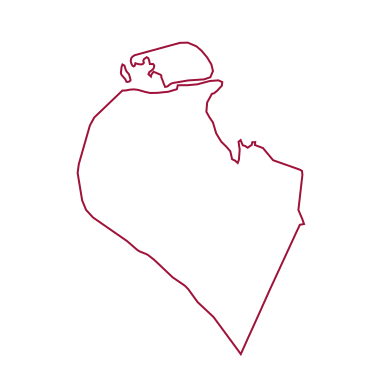 map outline of Al Jahrah (Equal Earth projection), rotated 286°
{"feature_id": "KWT-1667", "entity_name": "Al Jahrah", "entity_type": "Province", "adm_level": 1, "iso_a3": "KWT", "parent_name": "Kuwait", "parent_adm1": "", "projection": "equal_earth", "projection_center": [47.841, 29.537], "detail": "fine", "context": "isolated", "style": "outline", "palette": "rose", "viewbox_px": 384, "rotation_deg": 286, "n_neighbors": 0, "source": "natural_earth", "source_scale": "10m", "svg_char_len": 1993}
<svg xmlns="http://www.w3.org/2000/svg" viewBox="0 0 384 384"><g transform="rotate(286 192 192)"><path d="M227.8,75.5L236.7,77.5L270.3,97.1L271.4,100.5L273.1,103.7L274.6,107.7L275.3,112.1L275.3,119.8L275.7,124.7L277.8,131.5L281.8,141.5L286.6,149.1L290.7,148.9L293.4,158.2L297.0,167.5L303.6,178.5L306.6,186.6L306.0,190.8L302.5,191.4L296.1,188.2L292.9,185.9L291.8,184.0L288.8,183.4L285.0,182.5L282.2,181.9L273.1,183.7L268.5,188.3L264.6,193.0L255.0,199.1L248.4,206.3L245.0,212.6L241.7,217.6L234.6,221.5L234.0,224.8L232.5,227.9L236.0,228.2L241.8,227.0L246.1,226.1L249.5,224.5L253.1,222.9L255.3,224.4L250.9,227.9L250.9,230.4L249.9,233.3L253.7,236.4L256.4,236.3L256.5,236.3L256.6,237.0L257.4,239.0L254.5,239.6L253.8,248.1L244.9,261.2L243.2,289.2L242.6,291.9L239.0,293.4L204.1,299.2L196.5,305.4L192.1,308.5L190.2,304.7L181.4,303.3L165.9,300.9L150.3,298.5L134.8,296.1L119.3,293.7L101.8,291.2L84.5,288.7L67.1,286.1L49.6,283.6L54.2,277.7L77.8,247.1L87.6,227.9L97.6,215.1L99.9,211.1L104.6,197.0L116.3,174.5L119.4,166.8L119.8,164.7L120.4,158.4L121.2,155.4L126.9,143.1L140.2,103.9L145.6,95.1L153.7,88.7L178.8,76.8L187.7,75.5L227.8,75.5ZM333.3,156.0L330.4,162.3L325.6,169.4L319.9,175.5L314.1,178.8L313.1,178.7L307.4,178.0L303.6,172.6L298.2,157.6L291.7,144.0L290.8,142.7L289.9,141.5L286.8,139.4L285.6,137.2L288.6,134.8L290.4,133.6L293.8,130.9L295.5,130.4L296.1,129.2L297.0,122.0L294.5,120.9L293.2,120.6L291.7,120.7L293.2,117.7L295.4,117.9L299.2,120.7L301.0,121.1L303.1,120.9L304.3,119.5L303.4,116.2L306.2,114.8L308.5,113.2L309.1,111.3L306.6,109.3L304.8,109.0L302.8,110.1L301.3,109.3L300.6,107.9L300.2,105.7L300.1,103.5L300.2,102.1L297.5,102.1L297.1,101.8L296.6,101.2L297.2,99.7L299.2,98.0L301.4,96.9L303.6,96.7L305.7,97.5L307.7,99.2L332.0,139.2L334.4,146.7L333.3,156.0ZM290.7,95.0L289.7,96.1L288.2,98.4L287.5,99.2L283.3,101.8L282.1,102.1L281.0,101.3L280.1,99.9L279.9,98.6L282.0,96.8L285.2,91.9L286.9,90.8L293.0,89.8L295.4,90.0L294.9,92.2L290.7,95.0Z" fill="none" stroke="#9f1239" stroke-width="2"/></g></svg>